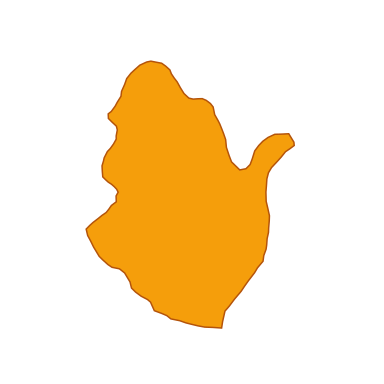 Sharur District, Şərur, Azerbaijan, rotated 339°
{"feature_id": "54616110B53436270368491", "entity_name": "Sharur District", "entity_type": "district", "adm_level": 2, "iso_a3": "AZE", "parent_name": "Azerbaijan", "parent_adm1": "Şərur", "projection": "natural_earth1", "projection_center": [45.071, 39.583], "detail": "fine", "context": "isolated", "style": "filled", "palette": "amber", "viewbox_px": 384, "rotation_deg": 339, "n_neighbors": 0, "source": "geoboundaries", "source_scale": "gbopen_adm2", "svg_char_len": 1800}
<svg xmlns="http://www.w3.org/2000/svg" viewBox="0 0 384 384"><g transform="rotate(339 192 192)"><path d="M304.1,185.2L305.0,182.0L303.2,172.3L295.6,169.8L290.0,167.8L282.6,168.3L276.3,170.0L271.0,172.5L265.3,176.1L260.0,182.8L256.1,187.2L250.7,189.6L244.5,188.5L239.7,178.1L239.7,171.3L240.1,162.7L242.2,155.1L242.4,149.1L242.4,143.9L242.3,138.4L241.9,134.5L240.9,127.9L242.2,120.2L240.9,116.0L238.1,111.5L235.0,108.5L231.0,107.1L226.4,105.7L222.7,103.2L219.8,97.2L218.5,90.4L217.6,83.9L216.2,79.2L215.1,74.3L215.1,70.1L212.5,65.0L209.8,60.9L204.3,57.5L200.5,55.1L196.2,54.4L188.7,54.9L182.6,57.2L177.6,59.2L171.7,62.7L167.7,67.4L162.3,72.8L160.0,77.2L154.3,81.5L151.1,84.3L145.5,87.9L141.8,89.0L141.6,89.5L140.3,93.4L142.4,98.1L145.0,103.4L144.5,107.3L141.3,112.5L140.2,115.5L135.9,119.1L131.3,122.1L127.5,123.9L122.2,128.7L120.5,131.3L117.4,135.3L115.6,140.8L114.1,145.9L115.6,149.3L117.3,152.7L119.6,155.9L121.3,159.1L122.6,162.3L123.0,165.7L119.7,168.5L117.8,174.0L111.9,175.7L108.1,178.3L104.5,180.4L99.5,181.6L95.0,183.1L88.6,185.0L84.5,186.6L80.6,188.4L79.9,188.7L79.0,195.3L79.8,201.4L80.4,208.1L82.3,218.9L84.3,223.3L87.5,229.6L90.3,233.6L96.7,237.7L100.1,243.4L101.9,253.7L101.1,260.0L103.5,265.3L107.2,271.1L111.9,276.4L113.8,279.9L114.3,289.3L120.3,294.6L124.2,298.4L126.8,302.9L134.5,307.8L139.4,312.0L144.1,315.3L149.6,319.1L155.5,322.7L162.5,325.7L170.9,329.6L174.1,324.0L180.1,315.0L185.9,311.9L193.2,307.3L202.3,302.3L207.4,298.7L212.8,295.1L221.5,289.8L225.9,286.3L233.5,282.1L236.2,277.1L240.7,271.9L242.7,268.3L245.4,262.5L248.9,257.2L250.7,253.0L253.8,246.6L255.8,241.9L257.0,233.9L257.9,227.3L261.0,218.5L263.6,213.1L266.6,206.6L270.3,201.4L275.0,197.7L282.6,194.0L287.9,191.3L293.7,187.9L298.9,186.7L304.1,185.2Z" fill="#f59e0b" stroke="#b45309" stroke-width="1.5"/></g></svg>